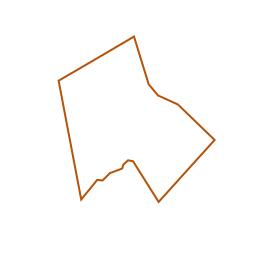 Triunfo Potiguar, Rio Grande do Norte, Brazil (Natural Earth projection), rotated 26°
{"feature_id": "56859067B26261552495963", "entity_name": "Triunfo Potiguar", "entity_type": "district", "adm_level": 2, "iso_a3": "BRA", "parent_name": "Brazil", "parent_adm1": "Rio Grande do Norte", "projection": "natural_earth1", "projection_center": [-37.141, -5.923], "detail": "fine", "context": "isolated", "style": "outline", "palette": "amber", "viewbox_px": 256, "rotation_deg": 26, "n_neighbors": 0, "source": "geoboundaries", "source_scale": "gbopen_adm2", "svg_char_len": 408}
<svg xmlns="http://www.w3.org/2000/svg" viewBox="0 0 256 256"><g transform="rotate(26 128 128)"><path d="M117.3,212.8L119.7,202.6L123.1,188.1L128.1,186.4L131.5,176.5L140.5,167.0L139.9,162.9L142.2,157.0L147.1,155.7L187.9,181.0L191.4,169.1L198.3,145.0L211.1,100.8L162.5,85.0L140.8,85.6L127.5,79.7L93.3,43.2L68.7,80.3L44.9,115.9L64.7,142.4L117.3,212.8Z" fill="none" stroke="#b45309" stroke-width="2"/></g></svg>